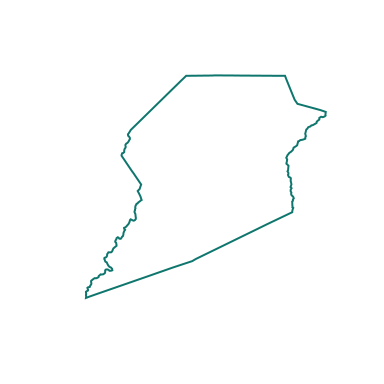 Chapadinha, Maranhão, Brazil (Mercator projection), rotated 223°
{"feature_id": "56859067B20875466335569", "entity_name": "Chapadinha", "entity_type": "district", "adm_level": 2, "iso_a3": "BRA", "parent_name": "Brazil", "parent_adm1": "Maranhão", "projection": "mercator", "projection_center": [-43.47, -3.772], "detail": "fine", "context": "isolated", "style": "outline", "palette": "teal", "viewbox_px": 384, "rotation_deg": 223, "n_neighbors": 0, "source": "geoboundaries", "source_scale": "gbopen_adm2", "svg_char_len": 3256}
<svg xmlns="http://www.w3.org/2000/svg" viewBox="0 0 384 384"><g transform="rotate(223 192 192)"><path d="M256.5,291.1L275.5,273.0L275.9,265.7L276.5,253.1L278.1,217.5L278.5,208.6L279.1,195.7L278.4,192.3L278.2,190.5L277.1,189.6L275.9,189.6L274.6,189.3L273.6,188.5L273.3,187.3L272.8,185.4L272.7,184.0L273.1,182.4L272.9,181.2L272.3,180.5L271.5,180.0L270.9,179.2L270.7,177.8L270.3,176.8L269.7,175.9L268.8,175.0L268.9,173.7L269.5,172.7L269.0,171.5L268.3,170.5L250.1,166.3L247.9,165.9L234.3,162.8L232.3,158.3L232.4,157.1L232.4,155.7L229.5,154.7L226.7,153.6L223.4,151.8L223.7,150.7L223.8,149.5L224.2,147.6L224.0,146.4L224.5,145.6L224.2,144.6L223.8,143.2L223.0,142.0L222.2,141.5L221.9,140.5L221.2,139.8L220.9,138.7L220.0,137.9L218.6,137.4L217.6,136.6L216.6,135.7L215.3,134.7L214.6,133.6L214.6,132.6L215.0,131.3L216.0,130.8L218.2,130.2L218.2,129.2L217.1,127.1L216.6,125.2L216.6,123.5L216.5,122.0L216.7,120.6L217.2,119.4L216.4,118.8L215.1,118.7L215.0,117.6L214.6,116.3L214.1,115.2L213.4,114.4L212.5,112.9L212.6,111.6L212.3,110.2L212.2,109.2L213.3,108.3L214.4,108.5L215.4,108.3L215.7,106.9L215.1,105.7L214.9,104.4L214.2,103.2L212.9,103.1L211.6,102.2L210.5,101.2L210.7,99.8L210.9,98.4L211.0,97.0L210.5,95.6L210.0,94.4L209.9,93.0L210.7,92.0L212.0,90.9L211.6,88.6L210.6,87.4L210.3,86.1L210.6,85.0L211.1,84.2L210.5,83.2L209.6,82.9L208.6,82.3L207.7,82.0L206.4,82.4L205.2,81.9L204.0,81.4L202.9,81.1L201.2,81.0L199.7,81.5L198.0,81.3L196.9,80.4L197.6,79.1L198.6,78.1L200.0,78.1L201.0,77.7L202.0,76.8L202.1,75.5L201.0,74.4L200.4,73.2L200.8,71.3L201.8,70.0L202.7,69.4L202.7,68.3L202.9,67.0L202.3,65.9L202.7,64.7L203.4,63.3L204.3,62.8L204.7,61.7L204.9,60.2L205.2,58.4L204.5,57.4L203.4,56.7L202.7,55.6L202.6,54.1L202.0,52.7L202.9,51.7L203.2,50.7L202.4,50.1L201.5,49.7L200.9,49.0L201.3,47.8L201.5,46.7L200.7,45.9L199.8,45.3L199.3,44.3L198.2,43.5L197.3,42.2L195.7,45.5L193.2,50.3L183.9,67.9L177.5,80.0L166.1,101.6L154.5,123.7L144.7,141.6L143.5,145.7L134.3,169.6L132.8,173.5L125.6,192.3L119.1,209.2L115.1,219.7L104.9,245.6L105.7,246.5L106.7,248.3L107.1,249.4L108.2,249.3L108.7,250.1L109.7,250.8L110.3,251.5L111.3,252.5L112.2,253.3L112.2,254.4L113.1,255.4L113.2,256.7L114.4,257.4L115.3,257.6L116.8,257.5L118.1,258.1L119.0,259.4L120.3,259.8L121.3,260.8L121.8,262.7L123.3,262.8L123.8,264.0L124.5,265.4L126.0,266.5L127.3,267.3L128.4,268.6L129.1,269.5L130.3,269.5L131.5,269.1L132.7,269.6L133.5,270.0L133.8,271.0L134.9,271.9L136.2,272.2L136.7,273.6L138.5,275.9L139.3,277.0L140.7,277.1L142.3,277.1L143.0,278.2L143.5,279.1L144.6,280.7L146.4,281.3L146.8,282.8L147.3,284.1L147.3,285.2L147.5,286.4L147.4,287.4L147.1,288.5L147.0,289.5L146.9,291.3L147.3,292.5L147.9,293.7L147.5,295.3L147.1,296.7L147.0,298.0L147.8,299.4L148.4,300.6L148.9,301.4L148.4,302.3L148.2,303.8L147.5,304.7L146.8,305.6L146.1,306.9L145.5,308.2L146.5,309.4L146.8,310.5L148.9,311.8L151.0,315.6L150.8,317.1L151.2,318.4L150.8,319.5L150.2,320.5L150.1,322.1L149.2,323.4L148.8,324.8L148.3,326.3L148.0,327.4L148.7,328.5L148.7,329.6L148.3,331.8L149.4,333.0L148.9,335.1L147.4,335.9L146.5,337.7L146.4,339.0L147.2,339.6L148.8,341.8L153.9,339.5L175.0,328.4L179.9,329.5L184.9,331.8L199.1,338.4L203.2,340.4L212.4,331.9L235.2,310.9L236.5,309.7L237.2,309.1L255.0,292.7L256.5,291.1Z" fill="none" stroke="#0f766e" stroke-width="2"/></g></svg>